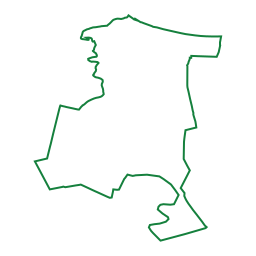 outline of Viļāni, Vilanu, Latvia
{"feature_id": "27541924B14325871037870", "entity_name": "Viļāni", "entity_type": "district", "adm_level": 2, "iso_a3": "LVA", "parent_name": "Latvia", "parent_adm1": "Vilanu", "projection": "equal_earth", "projection_center": [26.926, 56.548], "detail": "fine", "context": "isolated", "style": "outline", "palette": "green", "viewbox_px": 256, "rotation_deg": 0, "n_neighbors": 0, "source": "geoboundaries", "source_scale": "gbopen_adm2", "svg_char_len": 3284}
<svg xmlns="http://www.w3.org/2000/svg" viewBox="0 0 256 256"><path d="M202.6,222.4L202.5,222.2L196.5,214.4L193.1,210.1L191.1,207.3L189.7,205.4L188.4,203.6L187.5,202.2L186.8,201.1L186.1,199.9L185.4,198.5L184.3,196.0L184.5,193.0L180.7,188.1L187.5,174.9L188.3,173.3L189.8,170.4L187.3,165.9L183.7,159.0L184.0,141.8L184.4,138.1L185.5,130.2L196.3,127.5L195.8,123.9L195.4,121.5L193.6,115.6L193.3,114.4L193.4,113.0L192.7,110.5L191.8,106.0L190.2,99.4L188.5,91.6L187.5,87.5L187.4,86.6L187.3,85.3L187.3,83.2L187.4,66.2L187.3,65.8L187.1,65.3L188.2,63.6L188.7,61.5L189.4,60.1L189.4,59.9L189.8,58.7L189.8,57.7L191.2,57.8L191.3,56.0L191.3,55.9L196.4,56.1L198.1,56.2L198.7,56.2L216.7,56.8L218.7,52.2L220.2,45.3L220.0,45.1L220.0,42.1L220.2,41.4L220.6,39.1L221.1,36.4L213.3,36.5L205.9,36.3L200.9,36.0L195.2,35.4L185.6,34.1L181.1,33.2L177.0,32.3L163.3,29.2L156.9,27.4L153.1,26.8L151.8,26.1L143.5,23.1L141.6,22.3L140.6,22.2L134.2,18.2L135.5,19.9L134.0,19.4L132.9,18.5L130.5,16.8L128.5,15.4L128.2,15.9L127.5,16.9L127.1,17.3L126.1,17.6L124.9,17.7L123.6,18.4L121.1,19.0L119.7,18.8L118.3,18.7L117.2,18.7L116.2,18.9L115.2,19.2L114.0,19.6L113.2,20.0L112.5,20.6L111.2,22.0L109.4,23.8L108.4,24.5L107.2,25.7L101.4,26.2L100.2,26.5L98.1,26.8L95.8,27.2L93.1,27.4L89.9,28.4L89.1,28.8L86.8,29.4L85.3,30.2L84.2,30.7L83.4,31.2L82.7,32.1L82.3,33.8L81.6,36.1L81.0,37.2L80.9,37.7L80.9,38.2L81.0,38.4L81.1,38.6L81.3,38.7L82.0,39.0L82.4,39.1L82.8,39.1L85.5,39.5L86.3,39.6L87.0,39.8L88.1,39.9L88.6,39.8L88.7,39.6L88.6,39.0L87.1,37.9L86.7,37.7L88.4,37.6L90.1,37.8L91.0,38.1L91.7,38.6L92.0,39.8L92.3,41.0L92.9,41.6L94.2,41.2L95.8,45.0L94.5,47.4L94.4,47.7L94.1,48.6L94.0,49.6L93.8,50.0L93.1,50.8L92.9,50.9L92.9,51.0L94.6,52.4L95.8,53.2L96.7,54.8L96.9,55.9L96.4,56.7L92.3,57.3L89.4,58.3L88.2,58.8L88.3,60.0L90.0,61.2L91.0,61.5L91.7,61.8L92.3,61.6L92.6,61.7L93.2,61.6L94.3,61.7L95.6,61.8L97.6,62.1L98.5,63.0L97.5,64.2L96.5,65.4L96.2,66.1L95.6,67.1L95.7,67.6L95.6,68.3L96.1,69.4L95.8,71.1L94.2,73.2L94.1,73.9L93.5,74.4L93.2,74.9L93.2,75.4L93.7,75.9L94.9,76.8L95.9,77.3L98.1,77.7L100.7,78.6L102.5,79.9L102.8,81.1L102.6,82.3L101.9,83.7L101.7,85.3L102.4,87.4L102.9,88.7L103.2,90.4L103.2,91.7L103.5,92.9L103.7,94.2L102.9,95.2L101.6,96.3L100.3,96.9L98.4,97.4L96.3,97.8L94.0,98.5L91.4,99.6L88.5,101.0L87.4,101.7L86.4,102.5L84.4,104.3L83.1,105.2L82.6,105.3L82.3,105.8L81.3,106.7L79.0,109.6L77.9,109.5L75.1,108.9L72.9,108.4L69.6,107.7L66.3,107.0L64.9,106.6L62.1,106.0L60.4,105.5L60.0,106.3L60.0,106.5L59.4,108.6L53.2,133.6L50.7,144.1L50.1,146.3L48.0,154.8L47.1,158.5L34.9,161.4L39.7,170.4L49.8,189.4L62.5,186.9L63.2,186.6L65.3,187.2L68.9,186.6L75.9,185.4L78.7,185.0L80.8,184.6L88.8,188.3L89.2,188.5L92.4,190.0L95.9,191.6L96.4,191.8L107.6,196.9L109.8,197.8L111.7,197.5L112.8,192.3L112.9,191.9L113.3,189.4L117.1,189.8L119.0,189.6L123.4,180.6L124.2,179.0L124.4,178.7L125.0,178.1L127.5,174.6L132.6,175.9L133.9,175.7L135.7,175.3L147.0,174.7L159.4,176.4L163.6,179.1L171.0,184.5L175.2,190.1L178.6,195.0L174.0,204.2L170.4,204.7L163.4,204.2L160.4,204.8L158.5,206.7L157.8,209.5L162.5,213.5L168.0,217.2L168.5,219.1L165.9,221.7L159.7,223.6L154.4,224.2L149.9,225.0L148.9,227.4L150.2,229.5L151.1,230.9L153.0,233.0L160.5,240.6L161.0,240.5L186.0,233.8L205.6,228.1L206.6,227.1L204.9,225.6L202.6,222.4Z" fill="none" stroke="#15803d" stroke-width="2"/></svg>